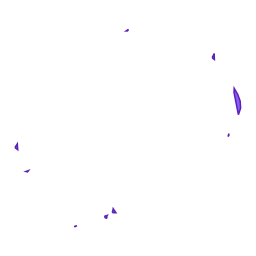 the border of Thaa
{"feature_id": "MDV-5238", "entity_name": "Thaa", "entity_type": "Atoll", "adm_level": 1, "iso_a3": "MDV", "parent_name": "Maldives", "parent_adm1": "", "projection": "albers", "projection_center": [73.162, 2.359], "detail": "fine", "context": "isolated", "style": "filled", "palette": "violet", "viewbox_px": 256, "rotation_deg": 0, "n_neighbors": 0, "source": "natural_earth", "source_scale": "10m", "svg_char_len": 805}
<svg xmlns="http://www.w3.org/2000/svg" viewBox="0 0 256 256"><path d="M234.2,88.3L237.8,94.6L239.8,100.1L240.2,101.3L240.6,108.2L238.4,114.7L238.4,114.8L234.0,92.4L234.2,88.3ZM17.3,143.9L17.7,149.7L15.4,147.9L15.4,146.7L16.3,145.5L17.3,143.9ZM113.2,208.7L113.9,209.8L115.9,212.7L113.0,212.7L112.4,211.9L112.9,210.4L113.2,208.7ZM214.2,53.5L214.4,59.4L214.4,59.5L213.6,58.9L212.6,58.1L212.5,56.8L213.4,55.4L214.2,53.5ZM107.3,215.4L106.8,216.5L106.8,217.7L106.5,218.2L105.1,217.7L104.8,216.4L105.2,215.9L106.2,215.8L107.3,215.4ZM28.5,170.6L27.5,171.9L25.9,171.5L28.5,170.6ZM128.4,29.4L127.6,30.9L126.2,30.9L128.4,29.4ZM76.8,225.6L75.6,226.5L74.8,226.5L74.1,226.6L76.8,225.6ZM229.0,133.5L228.9,133.8L228.8,135.5L228.1,136.4L228.0,136.5L229.0,133.5Z" fill="#8b5cf6" stroke="#5b21b6" stroke-width="1.5"/></svg>